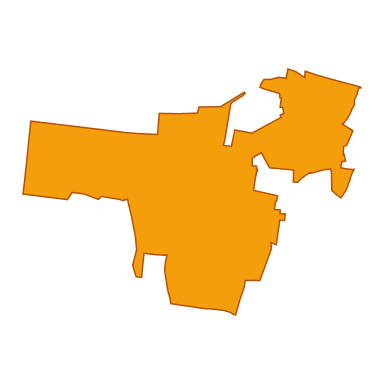 outline of Kinchil, Yucatán, Mexico
{"feature_id": "50627088B70780361544705", "entity_name": "Kinchil", "entity_type": "district", "adm_level": 2, "iso_a3": "MEX", "parent_name": "Mexico", "parent_adm1": "Yucatán", "projection": "mercator", "projection_center": [-89.997, 20.843], "detail": "fine", "context": "isolated", "style": "filled", "palette": "amber", "viewbox_px": 384, "rotation_deg": 0, "n_neighbors": 0, "source": "geoboundaries", "source_scale": "gbopen_adm2", "svg_char_len": 3370}
<svg xmlns="http://www.w3.org/2000/svg" viewBox="0 0 384 384"><path d="M259.8,280.7L271.5,248.7L270.9,242.6L276.3,244.8L279.8,220.1L284.6,220.5L285.3,213.9L280.1,213.5L280.2,209.8L274.4,209.6L275.7,201.1L276.7,201.0L277.6,195.8L255.4,190.8L253.7,190.4L253.7,189.7L255.4,177.9L256.0,175.6L256.2,173.5L256.5,171.5L257.3,171.6L257.4,169.1L256.4,168.9L256.8,166.3L252.3,165.7L252.2,158.5L255.4,156.1L261.3,152.7L269.5,167.8L293.6,170.0L293.3,182.0L293.5,182.0L297.6,182.3L300.0,180.0L301.2,178.5L309.4,172.9L310.4,172.9L309.7,173.5L315.3,172.2L316.1,171.9L321.1,170.5L322.1,170.4L323.2,170.0L324.4,169.7L330.5,169.0L330.9,169.4L331.0,170.0L331.2,170.5L331.4,171.4L331.4,171.9L331.8,186.4L331.8,186.5L331.7,190.5L333.4,191.8L336.5,194.7L340.9,197.9L343.0,195.0L343.9,193.5L344.5,192.6L345.7,190.7L347.1,187.8L348.3,184.3L348.5,183.5L349.7,181.0L349.9,180.1L350.8,176.6L351.9,173.5L352.0,173.4L353.9,169.9L354.1,169.4L352.5,169.5L346.7,168.9L346.3,168.8L340.7,167.8L341.0,166.4L341.7,161.8L345.6,161.0L344.1,154.3L343.3,154.7L343.3,151.9L343.5,148.9L343.6,147.0L344.0,146.2L346.7,145.3L352.9,130.8L344.0,125.1L342.3,124.1L343.5,123.1L344.1,122.8L344.5,122.3L346.4,119.4L346.7,119.2L347.6,118.2L350.6,112.7L352.4,108.0L352.9,107.7L354.1,105.1L354.4,103.2L354.4,101.2L354.8,99.3L356.1,96.1L356.7,95.1L357.0,94.5L357.5,92.5L357.8,91.6L358.0,90.2L358.1,89.7L358.9,88.0L360.9,88.0L361.0,87.3L356.8,86.0L354.5,85.3L351.5,84.6L345.7,83.1L344.0,82.6L342.4,82.2L341.4,81.9L339.2,81.3L337.9,81.0L335.5,80.3L330.5,79.0L327.3,78.1L321.4,76.3L318.7,75.7L317.4,75.3L313.7,74.0L305.2,71.2L304.7,76.4L304.8,77.4L304.3,77.2L303.9,77.1L303.5,76.9L303.2,76.7L302.8,76.5L302.6,76.3L302.0,75.9L301.5,75.5L301.3,75.4L300.8,74.9L298.6,73.5L298.0,73.2L297.0,72.5L296.2,71.9L295.7,71.5L287.9,69.0L286.3,76.9L286.0,78.4L284.8,78.1L284.0,77.9L283.8,77.9L283.0,77.8L281.1,77.6L280.2,77.5L278.9,77.4L277.7,77.5L273.9,78.6L272.0,78.9L270.9,79.4L269.8,79.5L266.8,79.4L264.0,79.5L260.5,84.8L260.1,87.4L263.1,88.6L264.3,89.0L266.9,89.8L272.3,91.4L274.4,92.0L277.0,92.7L279.7,93.6L279.8,97.7L281.3,97.8L280.1,107.3L282.7,107.3L283.5,111.8L283.8,113.3L282.5,114.1L280.1,115.3L281.2,117.3L275.2,120.6L273.3,121.6L271.7,122.5L271.1,122.8L266.8,125.1L264.8,126.2L264.7,126.3L264.4,126.5L255.0,131.5L253.0,132.6L251.8,133.2L234.8,129.9L232.0,143.6L231.3,146.5L226.8,145.8L226.7,145.8L225.0,145.6L223.4,145.4L224.4,141.4L224.6,140.9L225.6,134.8L226.2,131.2L230.5,105.6L231.0,103.2L231.5,103.2L231.7,102.6L241.1,96.6L242.2,96.4L243.1,95.2L245.1,93.8L244.3,92.2L221.9,105.8L221.8,106.7L199.0,107.0L197.4,113.1L179.8,113.7L159.2,113.4L157.6,134.5L151.0,134.2L144.9,133.9L137.5,133.5L127.4,132.8L120.0,131.9L119.2,131.8L118.6,131.8L107.7,130.4L80.5,127.1L69.7,125.8L69.0,125.7L47.4,123.1L30.8,121.1L26.5,163.0L26.1,167.3L25.7,170.5L25.2,175.0L25.1,175.3L25.1,176.1L24.3,183.1L23.0,194.1L41.8,196.4L48.0,197.2L64.4,199.2L67.4,199.6L72.2,192.5L83.8,193.9L98.5,199.4L101.4,196.4L119.4,199.4L123.3,200.7L124.4,199.6L125.2,200.0L127.4,199.1L131.9,218.2L135.4,236.4L136.6,250.0L132.6,265.2L136.1,276.7L141.6,277.4L144.0,253.3L156.0,254.7L164.1,255.2L166.9,254.9L165.5,262.3L164.6,270.2L167.6,289.7L170.0,298.8L170.9,303.7L205.7,308.8L210.4,308.9L217.7,309.6L223.6,310.4L230.6,312.4L233.2,314.3L235.5,315.0L240.2,298.8L244.4,286.7L245.0,280.6L255.4,280.4L259.8,280.7Z" fill="#f59e0b" stroke="#b45309" stroke-width="1.5"/></svg>